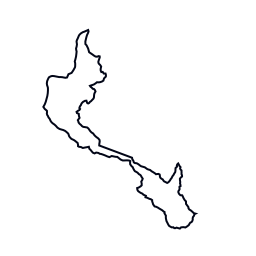 Pirapozinho, São Paulo, Brazil (Robinson projection), rotated 109°
{"feature_id": "56859067B23767798261790", "entity_name": "Pirapozinho", "entity_type": "district", "adm_level": 2, "iso_a3": "BRA", "parent_name": "Brazil", "parent_adm1": "São Paulo", "projection": "robinson", "projection_center": [-51.607, -22.434], "detail": "fine", "context": "isolated", "style": "outline", "palette": "ink", "viewbox_px": 256, "rotation_deg": 109, "n_neighbors": 0, "source": "geoboundaries", "source_scale": "gbopen_adm2", "svg_char_len": 4540}
<svg xmlns="http://www.w3.org/2000/svg" viewBox="0 0 256 256"><g transform="rotate(109 128 128)"><path d="M145.2,69.0L146.4,69.6L147.6,69.6L148.6,69.1L150.4,70.0L151.8,69.6L153.1,69.2L154.5,69.0L156.0,69.5L157.3,69.6L159.0,70.2L160.3,70.4L161.3,70.5L162.5,71.0L163.8,71.2L164.9,71.6L166.1,72.1L167.2,73.1L166.9,74.9L166.7,76.5L166.1,77.5L165.3,78.4L165.1,79.6L164.7,80.9L163.8,81.9L162.8,82.3L161.7,82.9L161.5,84.2L162.0,85.4L162.6,86.5L162.1,87.7L161.8,88.9L161.5,90.1L161.3,91.3L160.9,92.4L160.5,93.5L160.6,95.0L160.6,96.3L160.2,97.7L159.7,99.3L159.8,101.5L159.9,103.2L159.4,104.9L158.9,106.2L158.5,108.2L158.9,110.1L158.6,111.3L157.1,112.4L156.2,113.7L154.8,114.5L153.9,149.5L152.2,150.0L150.9,150.2L149.6,150.5L148.5,151.1L147.5,152.8L147.1,154.2L146.5,155.9L145.7,157.5L144.5,159.2L144.1,161.0L143.3,162.6L141.4,165.2L140.8,166.7L141.2,169.2L141.5,170.7L141.2,172.1L140.4,173.5L139.8,175.1L138.9,176.5L137.9,177.1L136.9,178.0L134.2,177.1L132.6,178.3L130.6,179.2L130.5,181.1L129.5,181.9L127.9,180.8L126.8,179.8L125.6,179.5L125.0,180.5L123.2,180.5L121.8,180.0L120.8,180.0L119.6,179.8L117.9,179.0L116.3,177.5L115.7,176.2L117.5,174.9L117.8,173.7L117.0,172.9L115.7,172.5L114.7,171.7L113.1,171.0L111.4,170.2L110.0,170.2L108.6,170.6L106.8,171.0L105.3,170.9L104.1,170.6L103.0,171.5L102.2,172.9L102.4,174.1L101.6,175.5L101.2,176.8L100.5,177.7L99.6,176.6L98.8,175.5L98.0,174.5L97.0,173.7L96.2,173.1L94.9,172.3L94.3,170.4L93.8,169.4L92.6,167.8L91.2,166.7L88.9,166.8L86.6,165.7L85.1,166.1L83.8,167.0L84.4,168.7L83.2,170.2L83.8,171.4L82.6,172.5L81.1,173.1L80.1,173.2L78.6,173.4L77.5,174.8L76.8,176.3L76.1,177.1L75.1,177.6L73.6,177.7L71.8,177.7L70.5,177.7L69.5,178.1L69.6,179.2L70.7,180.5L71.0,182.0L70.7,183.5L70.1,185.4L69.0,189.4L65.8,191.6L64.5,192.9L63.3,194.1L62.5,195.6L60.0,196.5L58.9,196.6L55.9,196.9L53.6,197.0L50.7,196.7L49.4,196.8L48.3,197.6L51.1,200.6L52.1,201.9L53.8,203.3L55.5,204.2L56.6,204.5L59.8,204.7L61.3,204.9L62.7,204.9L64.0,204.3L65.5,203.5L67.7,203.1L69.7,203.0L71.0,202.4L72.4,201.5L74.5,201.0L77.3,200.4L80.2,200.1L82.4,200.0L83.8,199.1L85.1,198.6L87.0,198.0L88.0,197.9L91.4,198.5L94.3,199.3L96.5,201.8L100.1,202.1L100.9,203.5L101.1,204.8L101.4,207.0L102.3,209.9L103.0,214.9L103.5,216.7L104.4,218.0L105.9,219.3L108.1,219.6L110.0,219.7L112.2,219.3L113.8,218.5L115.2,217.4L116.1,216.8L118.3,216.0L121.2,215.2L124.0,214.7L129.9,214.3L132.6,214.4L135.6,214.9L137.1,212.9L137.5,211.8L138.1,210.3L139.5,209.7L140.9,209.4L142.2,208.4L142.8,207.5L143.9,206.6L144.7,205.2L146.5,203.5L147.5,202.1L148.2,200.4L148.6,198.9L149.4,197.0L150.6,194.9L150.9,193.8L151.2,192.4L151.1,190.0L151.0,188.6L151.2,186.6L151.7,185.1L152.7,182.8L153.4,182.1L154.8,181.1L155.6,180.1L156.7,178.0L156.9,176.1L157.1,174.8L157.6,173.3L158.1,172.0L158.5,170.8L160.1,169.8L161.5,169.3L161.7,168.1L161.3,166.4L161.6,164.2L160.4,162.2L159.3,160.2L158.5,158.9L160.2,157.8L161.0,156.1L161.9,154.7L162.8,153.1L162.9,151.3L161.6,150.1L161.2,147.8L161.6,146.3L161.3,144.9L161.3,142.8L161.4,140.4L161.6,138.5L161.6,136.1L159.8,134.3L159.3,130.4L158.8,128.7L159.9,125.7L160.3,124.2L160.4,122.3L159.6,120.2L158.9,118.4L158.4,116.4L158.5,115.1L160.0,114.8L161.6,114.1L163.0,112.1L163.4,110.9L164.7,109.7L165.9,108.4L166.6,107.4L166.8,106.0L167.1,104.5L168.1,102.6L168.4,101.0L169.1,100.0L169.8,99.3L171.1,97.6L172.4,97.6L174.4,98.0L176.0,97.0L177.8,96.4L179.1,97.1L180.9,98.6L181.8,99.8L183.4,99.0L184.4,97.8L184.8,96.5L185.2,95.0L185.4,92.9L186.0,91.9L186.2,90.4L186.3,89.0L187.8,88.9L187.7,87.2L187.9,85.7L188.0,84.5L187.9,83.3L188.3,81.7L189.6,81.2L190.7,80.3L192.0,79.4L192.8,78.3L193.5,77.3L193.3,75.6L193.6,73.6L194.0,72.1L194.4,70.0L194.7,68.7L195.3,67.3L195.6,66.0L196.7,65.8L197.4,65.0L198.6,63.6L199.8,63.3L201.2,62.7L202.5,61.9L203.6,61.2L204.5,60.2L205.9,58.8L207.1,57.4L207.5,55.8L207.7,54.2L207.1,52.8L207.6,51.7L207.2,50.5L206.4,49.7L206.3,47.8L206.2,46.2L204.7,45.5L204.1,44.3L203.6,43.0L203.4,41.4L202.5,40.6L201.1,39.6L199.7,38.8L198.5,38.7L197.2,38.3L196.3,37.3L194.8,36.9L193.4,37.0L192.5,37.4L191.2,37.6L189.3,37.0L187.9,37.2L187.0,36.3L187.1,38.1L186.4,39.5L185.5,41.7L185.1,43.5L184.3,44.6L183.1,45.2L181.9,46.9L180.9,48.4L179.6,48.9L178.5,49.3L177.8,50.8L176.4,52.5L175.1,53.7L174.0,54.8L174.5,56.6L173.7,58.2L172.5,59.4L171.4,59.8L170.4,59.5L169.0,59.3L167.7,59.9L166.7,60.2L165.8,59.4L164.5,60.0L163.4,60.8L162.1,61.0L160.4,61.9L159.1,62.4L157.7,62.0L156.3,61.1L155.0,61.6L154.2,62.4L153.1,62.7L151.8,63.2L150.7,63.6L150.1,64.9L149.2,65.6L147.9,65.6L147.1,67.0L146.0,68.1L145.2,69.0Z" fill="none" stroke="#020617" stroke-width="2"/></g></svg>